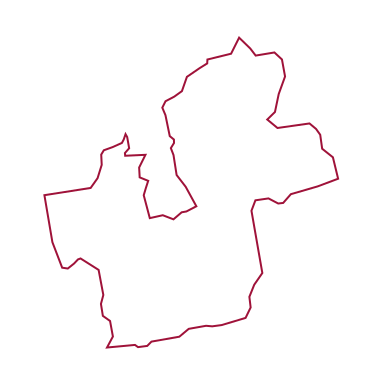 Mirriah, Zinder, Niger (Robinson projection), rotated 350°
{"feature_id": "23599985B93207740600063", "entity_name": "Mirriah", "entity_type": "district", "adm_level": 2, "iso_a3": "NER", "parent_name": "Niger", "parent_adm1": "Zinder", "projection": "robinson", "projection_center": [9.068, 13.638], "detail": "fine", "context": "isolated", "style": "outline", "palette": "rose", "viewbox_px": 384, "rotation_deg": 350, "n_neighbors": 0, "source": "geoboundaries", "source_scale": "gbopen_adm2", "svg_char_len": 1264}
<svg xmlns="http://www.w3.org/2000/svg" viewBox="0 0 384 384"><g transform="rotate(350 192 192)"><path d="M81.3,330.4L109.3,332.7L111.9,335.4L121.2,335.8L126.1,332.3L154.4,332.3L165.0,326.2L182.6,326.2L188.6,327.8L198.1,328.2L222.9,325.3L229.7,315.9L230.3,305.2L237.2,294.1L247.2,284.0L247.3,220.8L253.0,211.2L266.2,211.6L274.9,218.3L279.9,218.6L289.0,211.3L316.7,208.3L338.2,204.3L336.8,182.3L327.7,172.0L328.2,157.9L325.1,151.4L319.6,144.9L287.3,143.8L278.7,133.7L287.6,127.6L294.4,110.6L303.7,94.4L303.6,77.1L297.4,68.9L278.4,68.7L274.3,60.8L265.2,48.2L254.5,62.6L230.2,64.2L229.3,68.0L220.9,71.4L207.0,77.7L199.6,90.9L191.1,95.0L181.7,98.0L177.4,103.8L179.2,111.7L179.8,133.1L183.3,137.2L182.8,140.6L178.8,145.1L180.2,152.4L179.8,172.6L186.7,185.8L193.8,206.8L183.1,210.2L178.3,210.2L169.0,215.7L159.2,209.8L145.9,210.4L143.9,186.8L147.3,180.0L150.8,173.4L143.0,168.5L144.2,158.7L152.6,147.3L132.5,144.7L132.7,142.0L137.7,138.0L137.7,126.6L136.6,123.5L133.9,128.4L131.5,131.5L121.6,134.0L112.4,135.6L109.1,139.4L107.8,149.6L101.4,162.0L92.9,170.4L46.1,169.5L45.8,217.2L51.0,244.0L56.4,245.8L63.4,242.0L68.0,238.6L70.7,238.1L86.5,252.5L86.8,278.0L82.9,286.4L82.7,298.5L88.9,304.8L89.0,320.6L81.3,330.4Z" fill="none" stroke="#9f1239" stroke-width="2"/></g></svg>